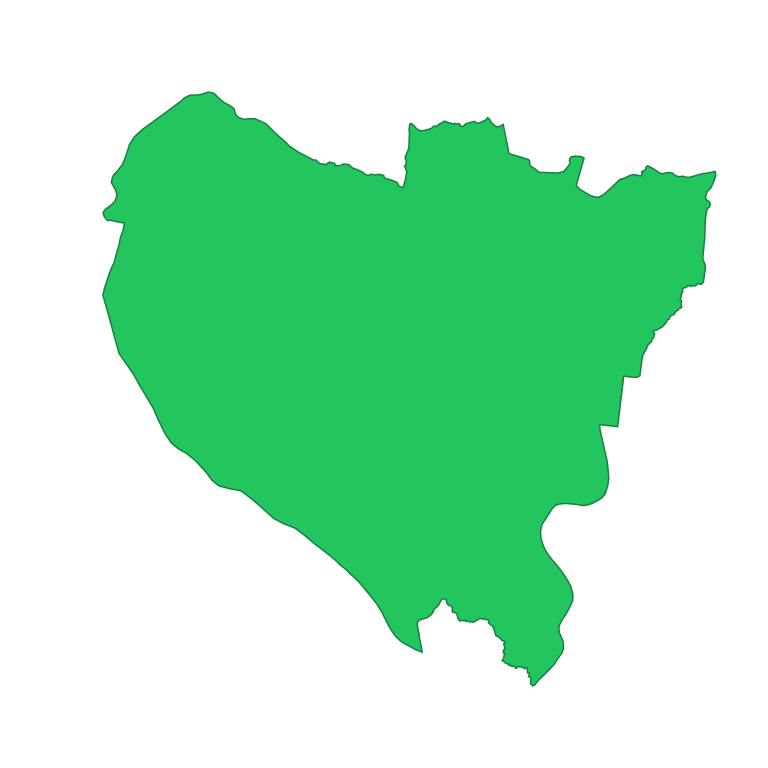 Prey Chhor, Kâmpóng Cham, Cambodia (orthographic projection), rotated 188°
{"feature_id": "14789045B91228863328058", "entity_name": "Prey Chhor", "entity_type": "district", "adm_level": 2, "iso_a3": "KHM", "parent_name": "Cambodia", "parent_adm1": "Kâmpóng Cham", "projection": "orthographic", "projection_center": [105.196, 12.105], "detail": "fine", "context": "isolated", "style": "filled", "palette": "green", "viewbox_px": 768, "rotation_deg": 188, "n_neighbors": 0, "source": "geoboundaries", "source_scale": "gbopen_adm2", "svg_char_len": 6141}
<svg xmlns="http://www.w3.org/2000/svg" viewBox="0 0 768 768"><g transform="rotate(188 384 384)"><path d="M308.9,123.9L311.2,131.1L313.5,137.2L314.3,140.6L317.1,148.7L317.8,151.5L317.7,153.0L315.8,155.1L314.2,156.3L311.4,157.3L308.9,158.6L307.6,159.6L305.4,161.9L303.9,164.3L303.0,168.1L300.4,170.9L299.1,173.0L298.4,174.6L297.5,177.8L296.3,178.9L294.8,179.7L293.1,179.3L292.1,178.3L291.1,175.5L289.5,174.1L287.1,173.5L285.3,172.4L284.7,167.8L281.4,167.4L280.2,166.7L279.4,165.4L278.0,161.9L276.9,160.6L275.6,159.8L274.1,160.8L272.6,160.7L271.1,161.1L269.9,160.3L268.5,160.9L265.4,160.3L264.3,161.0L263.0,160.5L261.5,161.0L260.2,162.4L258.9,163.1L256.5,165.5L253.1,164.7L251.9,165.7L250.5,165.0L248.2,165.1L247.3,163.5L246.7,161.5L244.9,160.4L242.8,159.7L242.4,158.4L241.3,157.6L241.0,156.1L240.0,154.8L239.3,152.4L237.7,149.9L235.9,150.1L234.3,148.7L232.4,147.4L231.2,146.1L229.9,146.4L228.7,145.6L228.3,144.2L229.4,143.4L228.5,141.7L227.8,139.6L227.0,138.1L228.4,137.4L228.7,136.0L228.5,134.5L227.2,134.6L227.4,130.8L227.2,129.4L228.5,126.5L226.7,125.9L225.5,124.9L222.9,124.0L221.3,124.0L221.1,122.7L219.3,123.1L218.1,122.0L216.4,122.6L215.1,122.6L214.3,120.9L212.9,121.2L212.6,122.5L210.4,122.9L206.7,122.7L205.3,121.6L204.4,122.5L202.7,122.8L201.9,118.9L201.3,117.7L199.7,118.0L199.7,116.1L200.1,114.3L197.5,113.7L197.6,110.4L196.9,109.3L197.4,107.8L194.6,105.8L192.8,107.0L190.5,111.2L181.9,122.3L176.4,130.2L174.6,134.3L170.3,142.6L169.5,147.2L170.5,153.4L173.0,158.0L175.7,162.1L176.8,165.9L176.7,169.7L175.0,174.8L171.6,181.8L169.1,188.6L167.0,195.6L167.5,201.4L171.0,209.8L174.7,214.8L179.6,220.6L183.8,225.0L188.4,229.3L193.0,233.2L197.6,237.8L200.5,241.1L203.6,245.7L205.9,250.4L207.2,253.7L208.1,257.6L208.5,261.7L207.9,267.0L200.2,283.9L197.5,287.6L193.5,289.6L187.7,291.0L176.6,291.6L170.8,291.3L167.2,292.0L162.6,294.0L159.9,295.7L155.3,299.1L152.5,301.6L150.4,304.5L149.6,306.8L148.3,313.9L148.3,321.9L150.4,331.3L152.2,338.4L163.6,368.5L164.3,371.3L164.6,373.8L146.7,374.3L147.7,425.2L135.5,425.5L133.1,426.7L131.7,427.9L132.0,444.4L131.8,446.0L132.2,447.5L130.9,450.0L130.8,451.3L128.6,456.5L129.0,458.0L127.7,459.6L126.7,461.4L125.5,462.4L124.9,463.7L125.0,465.3L124.6,466.4L123.3,467.5L123.3,468.9L123.0,470.2L123.2,471.5L124.7,473.8L123.5,474.7L122.0,475.1L116.2,479.5L115.2,480.7L114.7,482.0L113.8,483.0L112.7,485.4L112.5,486.9L110.7,487.8L110.3,489.0L110.4,490.4L108.0,492.7L106.7,492.8L104.7,497.1L103.2,497.8L102.6,499.6L101.1,500.3L99.8,501.7L100.8,503.6L100.8,505.1L101.0,507.9L102.5,508.5L102.3,510.0L101.8,511.7L102.0,514.9L101.1,516.6L101.3,518.3L101.7,519.7L100.0,521.2L98.5,521.5L96.3,523.9L93.8,523.4L91.7,524.4L90.3,524.4L89.0,524.9L86.9,527.3L84.2,526.6L82.8,527.8L81.9,529.4L81.9,541.4L82.1,545.7L85.8,552.5L86.8,574.3L88.7,591.6L88.7,599.5L88.4,602.1L86.3,604.7L85.9,607.7L87.3,609.8L90.1,611.0L91.7,613.7L90.8,619.3L87.6,623.7L85.5,631.2L84.5,636.3L85.5,640.5L94.0,637.6L96.8,636.9L101.2,635.2L110.6,631.0L114.3,630.9L117.0,631.4L120.7,630.3L124.4,630.9L126.4,631.9L127.3,633.0L132.0,633.0L135.7,631.6L138.8,630.7L148.0,634.9L153.1,636.8L154.7,635.5L154.6,633.6L155.2,632.2L158.3,630.3L158.2,628.8L157.7,627.4L158.2,626.1L159.3,625.6L161.8,626.1L166.3,626.1L169.8,624.6L174.5,621.3L179.0,619.3L187.0,609.1L192.7,602.4L197.7,598.6L201.3,598.6L205.9,599.3L217.3,604.1L221.3,607.5L217.3,635.5L219.1,636.3L221.1,636.7L223.3,636.4L225.6,636.3L227.9,635.8L230.0,635.1L231.1,633.9L231.4,632.7L231.5,631.1L230.8,629.8L230.5,628.3L231.7,625.7L234.9,620.5L235.9,619.3L240.8,617.2L260.1,615.2L263.8,617.7L268.5,619.9L269.7,620.8L271.1,625.4L272.2,626.4L292.4,629.6L294.5,636.1L302.1,657.6L305.2,655.3L307.7,654.4L309.0,654.5L310.6,655.3L312.1,656.6L314.1,657.9L316.0,660.5L318.3,662.2L319.4,660.9L319.9,659.7L321.5,658.5L323.1,657.8L325.0,656.2L326.8,655.4L328.8,655.5L331.0,656.7L338.8,653.3L340.0,652.2L341.0,650.5L342.5,649.8L343.9,650.0L344.9,651.6L346.2,652.4L347.6,651.7L350.4,651.9L351.8,650.9L354.3,651.7L355.8,651.5L358.9,652.4L361.0,652.6L363.9,650.1L365.5,649.2L367.8,646.5L369.0,646.6L370.8,646.2L372.3,644.0L375.5,642.3L379.2,640.7L383.1,639.8L387.1,641.1L389.1,643.1L393.2,645.8L394.6,645.2L394.7,640.0L394.4,638.5L393.8,636.9L392.3,621.7L392.3,620.3L392.8,619.1L393.0,617.3L393.6,615.9L393.8,614.5L394.3,613.3L394.5,612.0L394.3,610.0L393.2,608.9L392.9,607.5L393.0,603.7L394.0,602.8L390.6,596.5L391.2,594.1L391.2,590.5L392.0,583.6L392.8,581.2L397.3,581.9L397.5,583.6L399.6,585.7L407.6,587.5L409.1,587.1L410.5,587.8L412.0,588.1L412.9,589.1L413.3,590.5L416.0,590.9L417.8,590.9L423.1,589.6L424.8,590.0L426.6,589.9L427.2,588.7L430.2,588.4L431.4,589.0L432.8,589.3L433.6,590.4L434.9,590.6L436.4,591.5L445.2,593.6L446.6,594.4L448.9,596.2L452.2,596.4L454.8,596.2L456.9,594.6L458.3,594.1L461.1,593.8L462.6,593.4L463.3,595.1L464.7,596.0L466.2,595.3L468.8,596.4L469.6,595.3L471.1,594.3L472.0,592.9L473.9,593.5L477.4,593.2L479.9,594.2L480.8,595.1L483.0,596.4L484.9,595.9L501.3,601.8L511.1,606.6L515.5,610.1L526.2,617.0L536.8,625.1L542.1,626.9L548.8,628.7L554.8,627.9L559.5,626.5L565.1,627.7L567.9,629.7L571.1,635.9L572.3,636.7L577.1,638.9L580.2,639.9L583.5,641.6L587.7,644.3L591.6,647.4L593.3,648.3L598.2,648.7L606.4,644.9L611.0,643.8L615.1,643.3L617.8,642.1L621.6,639.4L623.4,636.9L640.5,620.0L658.3,602.8L665.5,594.2L669.4,585.7L671.4,573.6L673.6,565.0L678.0,557.2L680.8,553.5L681.7,550.2L682.1,545.7L676.7,538.6L674.7,533.8L675.8,527.7L678.2,524.3L681.5,520.8L684.2,518.3L686.1,514.7L684.5,511.0L680.8,507.4L677.3,508.1L672.1,507.6L663.5,507.2L663.7,500.4L665.4,491.9L665.7,485.6L668.3,466.2L669.9,461.3L671.5,454.8L674.0,440.5L674.8,432.9L666.4,414.1L650.7,377.5L633.6,359.0L625.1,347.8L609.0,327.7L602.4,316.9L594.0,304.5L586.3,295.9L578.6,291.2L569.6,287.6L560.1,281.9L547.7,271.7L541.0,264.8L533.3,260.1L522.5,258.9L510.8,258.3L499.3,252.0L484.5,242.3L474.7,235.6L463.9,231.7L452.1,228.9L442.9,223.9L430.8,216.3L413.3,206.4L405.7,201.4L402.3,198.8L395.7,194.9L390.8,191.2L385.9,187.8L381.1,184.4L374.0,177.9L360.9,165.6L354.8,158.4L345.4,144.8L342.4,141.1L337.5,135.9L332.3,132.1L329.9,130.8L326.2,129.3L322.1,127.9L315.7,125.3L308.9,123.9Z" fill="#22c55e" stroke="#15803d" stroke-width="1.5"/></g></svg>